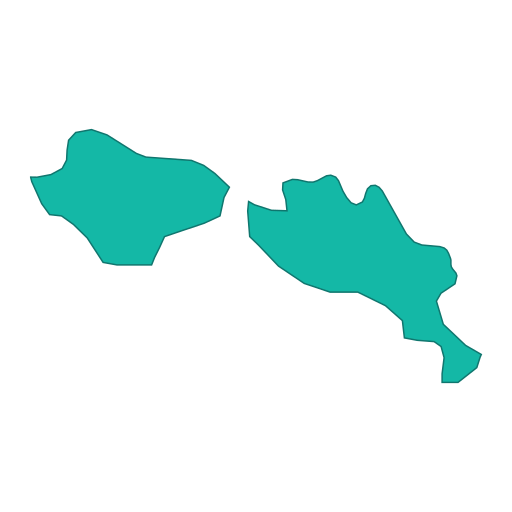 the Canton of Posavina
{"feature_id": "BIH-3153", "entity_name": "Posavina", "entity_type": "Canton", "adm_level": 1, "iso_a3": "BIH", "parent_name": "Bosnia and Herzegovina", "parent_adm1": "", "projection": "robinson", "projection_center": [18.542, 44.999], "detail": "fine", "context": "isolated", "style": "filled", "palette": "teal", "viewbox_px": 512, "rotation_deg": 0, "n_neighbors": 0, "source": "natural_earth", "source_scale": "10m", "svg_char_len": 1364}
<svg xmlns="http://www.w3.org/2000/svg" viewBox="0 0 512 512"><path d="M248.6,201.5L254.5,204.8L271.4,210.3L287.0,210.8L285.8,199.6L282.6,189.9L282.9,184.5L283.0,182.9L292.4,179.4L297.6,179.7L308.0,182.0L313.2,182.1L317.5,180.6L326.5,175.8L330.8,175.2L335.7,177.1L338.5,180.7L342.9,191.1L346.6,197.5L351.1,202.8L356.3,204.9L362.4,202.0L364.4,198.2L365.7,193.4L367.5,188.8L370.9,185.7L375.3,185.3L379.1,187.3L382.3,191.0L406.4,234.0L414.2,242.1L421.8,245.0L439.8,246.6L444.2,248.0L446.8,250.2L448.6,253.5L450.5,258.4L450.9,260.1L450.9,264.4L451.3,266.8L452.7,269.1L455.9,273.0L456.9,275.8L455.0,283.8L441.0,293.2L436.4,301.1L443.3,324.3L465.6,345.4L481.3,354.5L480.1,357.2L476.8,367.6L458.0,382.4L442.1,382.4L442.1,373.8L444.1,357.7L441.1,346.5L434.1,341.6L417.3,340.3L404.4,337.9L402.4,320.6L385.5,305.7L357.8,292.1L330.0,292.1L304.2,283.4L278.5,266.1L258.6,245.2L249.7,236.6L247.7,211.0L248.6,201.5ZM91.5,129.6L107.0,134.9L136.3,153.4L145.9,157.1L191.4,160.4L203.7,165.4L214.9,173.5L229.4,187.2L224.0,197.5L220.0,215.9L204.2,223.2L182.4,230.5L164.5,236.6L159.5,247.6L154.6,257.4L151.6,264.9L137.7,264.9L116.9,264.9L103.1,262.4L87.2,237.9L73.4,224.4L61.5,215.9L49.6,214.6L41.7,203.7L31.8,181.7L30.7,177.4L30.7,177.1L37.1,177.2L50.9,174.6L62.2,168.5L66.6,160.1L67.1,150.1L68.6,140.2L75.7,132.5L91.5,129.6Z" fill="#14b8a6" stroke="#0f766e" stroke-width="1.5"/></svg>